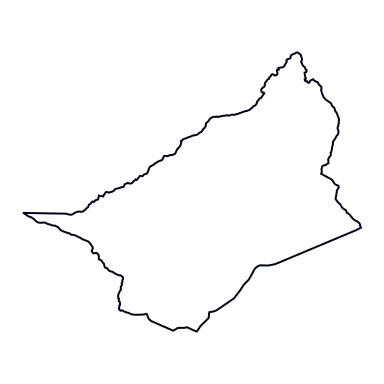 Santo Antônio do Leste, Mato Grosso, Brazil
{"feature_id": "56859067B48136086302792", "entity_name": "Santo Antônio do Leste", "entity_type": "district", "adm_level": 2, "iso_a3": "BRA", "parent_name": "Brazil", "parent_adm1": "Mato Grosso", "projection": "albers", "projection_center": [-53.696, -14.769], "detail": "fine", "context": "isolated", "style": "outline", "palette": "ink", "viewbox_px": 384, "rotation_deg": 0, "n_neighbors": 0, "source": "geoboundaries", "source_scale": "gbopen_adm2", "svg_char_len": 5954}
<svg xmlns="http://www.w3.org/2000/svg" viewBox="0 0 384 384"><path d="M296.2,52.6L294.6,53.6L293.0,54.3L291.5,54.9L290.7,56.4L290.3,58.2L289.1,58.8L287.6,59.1L286.4,60.3L286.8,61.5L285.9,63.2L284.9,64.8L284.4,66.1L283.5,66.9L282.2,67.4L280.8,67.5L279.4,67.8L278.2,68.2L278.7,69.7L277.0,70.0L277.0,71.3L277.4,72.9L277.3,74.3L276.2,75.2L274.9,75.5L274.0,74.8L272.4,74.2L271.2,74.9L270.6,76.4L269.2,77.5L269.2,78.6L267.9,79.4L266.9,80.2L266.3,81.6L265.3,82.4L264.8,83.6L264.9,85.3L263.9,87.0L262.2,88.2L261.3,89.2L261.4,91.7L262.4,92.5L263.7,92.5L264.2,93.5L263.2,94.7L262.4,95.9L261.3,97.7L259.9,98.4L258.4,99.9L257.8,101.0L256.9,102.0L256.8,103.4L255.8,104.8L254.8,105.8L253.2,106.3L252.4,107.7L251.0,108.6L249.6,109.8L248.2,110.4L246.7,111.0L245.4,111.1L244.4,111.5L242.7,112.0L241.7,112.5L240.3,112.9L239.3,113.2L238.3,113.8L236.4,114.2L234.7,114.7L233.5,114.9L231.8,114.6L230.4,115.2L228.9,115.6L227.6,115.3L226.3,115.3L224.7,115.7L223.3,115.8L222.1,116.0L220.3,116.5L219.0,116.6L217.5,117.1L216.3,116.5L215.2,117.0L213.8,116.8L212.8,117.1L211.0,117.9L209.9,118.9L209.0,120.3L208.1,121.5L206.6,122.6L205.8,124.1L205.9,125.7L204.5,128.1L203.5,128.7L202.9,129.7L202.2,130.6L201.3,132.0L199.9,132.5L197.3,134.6L195.6,135.1L193.6,135.4L192.0,135.9L190.2,136.7L188.6,137.2L185.3,138.6L184.0,138.9L182.8,139.5L182.1,140.4L180.9,141.1L181.4,142.1L181.1,143.3L180.7,144.7L179.8,146.4L178.7,147.7L177.7,148.7L176.9,149.7L175.5,153.0L174.6,154.1L172.9,154.8L171.4,155.0L170.1,155.0L169.0,155.7L167.2,156.2L165.4,155.9L164.0,156.1L163.3,157.7L162.7,159.1L161.5,160.4L159.6,160.9L158.6,161.3L157.5,161.9L156.4,162.7L155.0,163.4L153.8,164.6L152.4,165.3L150.2,166.6L149.4,167.7L148.8,169.4L148.0,171.4L147.4,172.9L146.6,173.8L145.0,174.1L143.9,174.5L143.3,175.5L142.4,176.2L141.3,176.0L140.0,175.9L138.7,177.4L137.5,179.0L136.5,180.0L135.5,179.5L134.5,180.6L133.1,181.7L132.0,183.1L130.5,183.6L128.9,183.3L127.6,182.9L125.9,183.8L124.6,184.3L124.3,185.6L123.6,186.9L122.3,187.1L120.9,187.4L119.2,188.1L116.7,188.6L114.9,189.3L113.5,191.0L111.8,191.8L110.1,192.2L108.7,192.7L107.2,191.9L105.7,192.3L105.0,193.4L104.4,194.5L103.5,195.1L103.3,196.4L100.4,196.1L99.0,195.6L98.3,198.0L98.2,199.4L96.4,199.9L94.8,200.8L94.1,202.0L92.4,201.5L90.3,203.9L88.9,204.8L88.1,207.1L86.4,208.4L85.5,209.6L84.2,210.4L82.8,211.6L81.1,211.8L78.8,211.5L76.8,212.1L75.4,212.4L73.3,213.9L71.5,214.7L70.0,214.7L68.5,214.4L66.9,213.9L65.5,213.7L63.9,213.6L61.8,213.6L49.9,213.4L23.0,212.9L24.9,213.8L26.1,214.6L27.2,215.5L28.9,216.6L30.7,217.0L32.5,218.1L34.3,219.4L36.0,221.2L37.3,222.1L38.8,222.6L40.5,222.8L44.4,222.5L45.6,222.9L46.9,223.6L48.5,224.2L50.1,224.5L51.9,225.3L53.1,225.5L54.7,225.5L56.4,226.4L58.3,227.4L59.7,229.1L60.8,230.2L61.8,230.7L63.8,231.6L65.3,232.1L67.6,232.9L70.0,233.6L70.9,234.6L72.0,234.9L73.5,234.9L75.3,235.4L76.8,236.1L78.8,237.2L80.5,237.9L82.3,239.2L84.0,239.8L88.5,241.6L90.8,244.3L92.9,247.8L92.6,249.0L91.7,250.6L92.6,252.7L93.8,253.4L96.2,252.9L97.5,253.5L98.4,254.7L98.9,256.4L98.8,258.0L98.9,259.3L99.9,259.7L101.2,260.2L102.3,261.9L104.0,263.9L104.3,265.9L105.2,267.6L106.7,268.0L107.6,268.7L108.3,270.0L109.6,271.0L112.3,271.8L113.4,272.3L114.7,273.4L117.7,274.8L119.0,275.2L120.7,275.4L121.6,276.2L122.9,277.1L123.0,278.8L122.3,280.4L122.4,282.2L121.6,283.4L122.1,284.6L121.5,285.7L120.9,286.6L120.7,288.0L121.0,289.6L119.8,291.0L118.2,294.9L118.2,296.6L118.1,297.9L119.0,298.7L118.7,299.8L118.8,301.1L119.7,301.6L120.0,303.4L120.0,304.9L119.3,305.7L119.3,307.1L118.8,308.7L119.5,309.8L120.8,310.7L122.6,310.4L124.0,311.5L125.7,312.0L126.8,312.6L128.0,312.7L129.3,313.2L130.9,314.1L132.6,314.5L135.4,314.8L139.9,314.7L143.5,314.5L145.3,314.1L146.7,313.9L148.2,317.7L149.1,319.3L151.1,321.0L157.5,323.8L162.6,326.1L165.6,327.3L166.8,327.9L169.6,329.1L171.8,330.1L173.2,330.6L175.3,329.5L177.5,328.1L179.1,327.9L181.5,327.9L185.1,327.8L186.6,327.2L188.1,327.7L189.2,328.2L190.2,328.7L191.2,329.2L193.9,330.4L195.5,331.1L196.9,331.5L197.9,330.0L198.5,329.1L199.2,328.0L200.4,326.1L208.6,318.1L208.8,316.4L209.3,312.2L210.9,311.9L214.5,311.2L216.0,310.5L217.2,309.9L221.7,306.8L227.0,303.2L233.9,298.4L235.0,297.1L240.6,289.7L243.9,284.6L247.3,281.2L248.8,279.6L251.7,274.5L253.8,270.6L254.6,269.1L255.7,267.8L258.0,266.1L259.2,265.6L260.7,265.3L263.4,265.4L268.5,265.5L274.8,264.2L277.2,263.3L355.8,230.3L356.8,229.8L361.0,227.6L360.2,226.0L360.0,224.3L358.9,222.8L357.6,221.6L356.4,221.0L355.3,220.5L354.1,219.7L352.8,218.6L352.1,217.7L351.2,216.7L349.8,214.7L348.5,213.7L346.9,212.8L346.3,211.6L345.9,210.3L344.7,209.5L343.6,208.9L342.4,207.9L341.5,206.6L340.7,205.0L339.6,203.7L338.7,203.0L337.7,202.1L337.1,201.0L335.8,199.4L335.6,198.2L336.2,195.6L336.3,194.3L336.7,192.5L336.9,190.3L338.0,188.9L338.8,187.0L338.3,185.8L336.6,185.0L335.1,184.4L333.9,182.7L332.9,181.1L331.5,179.4L321.2,173.8L321.8,171.6L321.5,169.6L321.8,167.9L322.3,166.3L324.0,165.2L325.3,165.2L326.4,164.3L328.4,163.3L328.4,161.6L328.2,159.5L328.9,157.7L329.9,156.4L330.7,155.4L330.9,154.2L330.6,152.9L331.3,151.9L331.6,150.6L332.2,146.6L332.9,144.7L332.9,143.3L332.9,142.2L333.5,140.8L334.8,139.3L335.8,137.5L336.6,135.8L337.5,134.9L338.3,133.4L338.5,132.2L338.3,130.4L337.6,128.6L337.7,127.0L338.3,125.9L338.2,124.7L338.9,123.2L338.7,122.0L339.0,120.7L339.0,119.0L337.8,116.1L337.3,114.4L336.5,112.5L335.5,111.5L335.0,110.4L334.8,108.9L333.6,107.1L332.3,106.2L331.7,104.9L331.2,103.6L330.2,102.6L328.7,101.7L327.3,100.6L325.9,99.7L325.0,98.9L324.2,98.0L323.4,96.6L322.8,95.3L322.3,93.9L321.7,92.5L321.3,90.6L321.2,89.3L321.5,88.1L321.2,86.6L319.6,85.2L318.3,83.7L318.0,82.5L316.7,81.9L314.3,80.7L313.1,79.2L310.1,80.7L309.7,82.0L308.8,82.8L307.8,82.5L307.2,81.3L305.9,81.4L304.9,80.5L304.7,79.2L305.9,78.7L305.4,77.2L304.9,75.4L304.6,72.6L306.3,72.0L306.7,70.2L305.6,69.4L305.1,67.7L303.6,66.2L302.6,65.2L302.0,63.6L301.1,62.0L302.0,59.9L301.9,58.4L301.4,57.2L300.9,55.3L300.1,54.1L298.7,53.3L297.7,52.5L296.2,52.6Z" fill="none" stroke="#020617" stroke-width="2"/></svg>